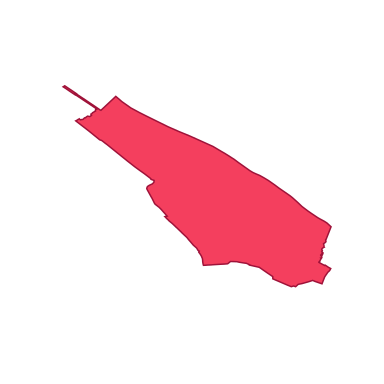 outline of Lielvārde, Keguma, Latvia, rotated 199°
{"feature_id": "27541924B73355249500157", "entity_name": "Lielvārde", "entity_type": "district", "adm_level": 2, "iso_a3": "LVA", "parent_name": "Latvia", "parent_adm1": "Keguma", "projection": "equal_earth", "projection_center": [24.806, 56.72], "detail": "fine", "context": "isolated", "style": "filled", "palette": "rose", "viewbox_px": 384, "rotation_deg": 199, "n_neighbors": 0, "source": "geoboundaries", "source_scale": "gbopen_adm2", "svg_char_len": 4190}
<svg xmlns="http://www.w3.org/2000/svg" viewBox="0 0 384 384"><g transform="rotate(199 192 192)"><path d="M209.6,159.9L209.0,159.6L208.3,159.2L206.7,158.4L205.7,158.0L204.8,157.5L204.2,157.2L202.6,156.6L202.4,156.5L201.7,156.3L201.0,156.0L199.9,155.6L199.4,155.3L198.0,154.7L197.8,154.6L197.5,154.4L197.4,154.4L196.2,153.9L195.6,153.5L194.9,153.3L191.3,151.6L190.2,151.1L189.9,151.0L188.6,150.3L185.3,148.8L184.4,148.4L183.5,148.0L183.0,147.8L182.4,147.5L182.2,147.4L181.3,146.9L181.0,146.7L180.6,146.4L179.3,145.6L177.0,144.3L175.3,143.3L173.3,142.1L173.0,142.0L169.8,140.7L169.2,140.4L168.3,139.6L167.5,138.9L166.7,138.5L166.0,138.4L165.9,138.4L166.0,137.3L165.0,136.6L164.4,136.2L162.5,134.7L161.6,133.7L160.6,132.6L159.9,131.3L159.8,131.1L159.2,129.6L158.3,127.9L157.8,127.1L157.3,126.4L155.3,127.2L153.5,128.0L151.7,128.7L149.5,129.6L148.9,129.9L143.6,132.1L140.7,133.3L137.7,134.5L136.1,135.2L135.7,135.4L135.3,135.6L135.0,135.7L134.8,135.9L133.0,138.8L129.6,139.9L128.2,140.3L127.0,140.7L124.3,141.0L120.8,141.6L118.7,142.0L117.4,142.3L116.5,142.2L114.4,142.0L113.9,142.0L113.9,141.6L103.9,142.7L95.1,140.2L88.1,138.3L87.3,136.2L72.4,135.1L72.2,135.1L71.3,135.0L70.6,135.0L67.3,134.8L65.9,135.8L65.5,136.1L65.2,136.2L63.2,136.2L61.5,139.3L58.2,141.2L57.9,141.4L52.4,145.2L49.1,147.7L46.7,147.5L39.2,147.5L38.9,155.0L37.5,160.1L37.2,160.8L36.8,161.5L36.4,162.2L36.3,162.5L36.2,162.8L35.9,164.8L38.4,165.2L40.7,165.8L41.5,166.0L42.4,166.2L42.5,166.0L42.6,165.7L45.7,166.2L48.9,166.7L49.1,166.8L49.0,167.1L48.7,167.5L49.0,167.6L48.8,168.0L48.7,168.3L48.7,168.5L48.6,168.8L48.6,169.0L48.5,169.5L48.4,169.9L48.3,170.4L48.3,171.0L48.7,171.3L48.2,171.5L48.4,171.9L47.9,172.3L48.1,172.9L48.2,173.0L48.4,173.0L48.5,173.3L48.7,173.7L49.3,173.8L49.7,174.0L49.8,174.3L49.7,174.4L49.6,174.5L49.4,174.6L49.2,174.6L48.8,174.6L48.7,174.5L48.5,174.4L48.4,174.5L48.3,174.8L48.3,175.2L48.2,175.5L48.4,175.7L48.5,175.8L48.8,176.0L49.1,176.0L49.0,176.4L48.8,176.5L48.7,176.6L48.4,176.7L48.2,176.8L48.2,177.0L48.3,177.1L48.5,177.2L48.6,177.3L49.1,177.4L49.3,177.5L49.6,177.6L49.7,177.8L49.9,177.9L49.8,178.1L49.7,178.4L49.7,178.7L49.6,178.9L49.6,179.0L49.9,179.3L50.0,179.4L50.5,179.6L50.6,179.8L50.5,180.0L50.7,180.3L50.5,180.9L50.5,181.0L49.8,182.0L49.4,182.7L49.0,182.9L49.1,183.0L49.4,183.2L49.9,184.6L50.8,185.9L50.5,186.4L50.4,186.6L50.1,186.8L49.9,187.1L49.6,187.6L49.5,187.8L49.3,188.1L49.2,188.7L49.4,189.2L49.7,189.3L49.8,189.9L50.1,190.4L49.8,190.8L49.2,204.4L54.2,206.6L57.4,207.4L62.3,208.2L64.9,208.7L72.4,210.7L76.3,211.8L83.3,214.1L88.5,216.5L95.1,219.3L97.9,220.3L111.4,224.1L115.7,225.5L123.3,227.7L128.4,228.8L133.4,229.7L137.8,230.0L140.8,230.3L144.2,231.0L157.8,235.0L162.7,236.6L173.6,239.2L177.3,239.9L186.9,241.9L197.7,242.9L211.9,244.2L223.8,244.9L235.9,245.9L259.5,248.9L267.6,250.0L277.3,251.6L287.6,254.6L295.2,257.6L304.7,239.6L305.7,239.7L306.7,240.0L320.0,243.6L334.1,247.3L333.8,247.5L346.9,251.0L348.1,249.5L347.7,249.4L346.0,249.0L339.8,247.3L333.7,245.7L333.5,245.9L308.8,239.4L308.9,239.2L309.5,239.0L310.0,238.8L309.9,237.9L309.9,237.5L309.6,237.1L310.5,236.2L311.2,235.2L311.9,234.6L312.0,234.0L312.1,233.6L312.5,233.1L312.9,232.8L312.6,232.0L312.0,231.7L312.5,230.9L313.1,230.1L314.3,229.9L315.5,229.7L315.9,229.1L316.3,228.6L316.5,228.3L316.9,227.5L317.8,227.1L318.1,226.4L318.6,225.3L318.8,225.1L319.3,224.9L319.7,224.7L321.1,223.9L322.4,224.5L322.6,224.0L323.1,223.8L324.4,222.1L325.1,221.4L324.2,221.1L316.8,218.6L309.7,216.2L297.1,211.6L296.4,211.3L294.2,211.3L292.3,210.7L290.1,209.9L287.8,209.2L284.5,208.0L281.2,206.8L277.9,205.6L274.6,204.4L268.2,202.1L264.3,200.7L264.1,200.6L254.3,197.2L248.8,195.5L243.0,193.8L236.1,191.5L235.2,191.1L234.9,190.6L231.6,190.6L231.4,189.7L231.2,188.8L232.1,186.8L234.5,184.5L235.9,182.7L236.0,181.3L235.9,180.5L235.2,179.7L230.0,175.0L229.0,174.1L227.7,173.0L226.0,171.3L223.7,169.0L222.8,168.4L220.4,167.6L219.3,167.2L218.0,166.8L217.9,166.7L217.3,166.4L216.6,166.1L216.1,165.8L215.4,165.5L215.3,165.4L214.2,164.8L212.8,164.0L212.3,163.7L210.8,162.9L208.8,161.7L208.4,161.5L208.0,161.3L207.8,161.2L207.6,161.1L208.0,160.8L208.5,160.5L209.1,160.2L209.6,159.9Z" fill="#f43f5e" stroke="#9f1239" stroke-width="1.5"/></g></svg>